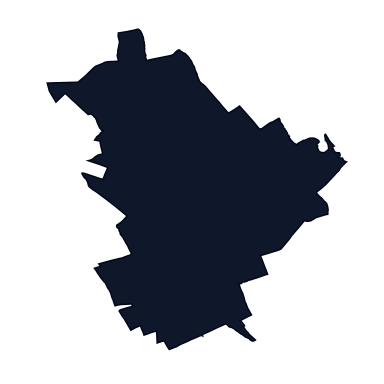 the district of Lunca, Botosani, Romania, rotated 184°
{"feature_id": "2599482B33736794577199", "entity_name": "Lunca", "entity_type": "district", "adm_level": 2, "iso_a3": "ROU", "parent_name": "Romania", "parent_adm1": "Botosani", "projection": "robinson", "projection_center": [27.0, 47.617], "detail": "fine", "context": "isolated", "style": "filled", "palette": "ink", "viewbox_px": 384, "rotation_deg": 184, "n_neighbors": 0, "source": "geoboundaries", "source_scale": "gbopen_adm2", "svg_char_len": 5916}
<svg xmlns="http://www.w3.org/2000/svg" viewBox="0 0 384 384"><g transform="rotate(184 192 192)"><path d="M276.6,345.5L276.6,343.1L276.5,342.1L274.8,336.9L275.1,333.5L275.9,328.0L275.7,325.7L276.0,324.4L276.1,322.9L275.3,319.9L274.2,317.6L275.6,317.2L284.4,316.2L286.7,315.7L288.6,315.0L289.9,314.0L296.8,310.8L298.6,309.2L306.3,300.5L313.4,293.6L344.0,290.6L341.3,282.7L334.0,272.1L325.5,281.5L325.0,281.3L321.4,278.4L318.7,276.1L314.7,273.1L309.4,268.7L300.9,262.0L298.5,262.7L297.5,262.4L295.5,261.0L295.0,260.3L293.0,258.7L292.7,257.5L292.2,257.2L292.0,256.3L291.6,255.5L291.5,254.9L288.6,249.6L287.1,248.1L286.7,247.4L286.2,247.0L285.0,247.1L284.4,246.9L284.8,246.4L285.7,245.6L287.4,244.6L287.6,244.2L287.9,243.1L291.0,240.3L291.7,238.8L292.8,237.0L287.4,236.4L286.2,231.6L284.2,225.3L283.9,223.6L287.2,222.8L288.5,222.2L291.4,220.0L293.1,218.2L293.8,217.6L295.8,216.6L297.7,216.0L287.8,213.5L278.1,210.7L277.8,210.3L280.4,202.8L281.0,200.6L282.0,198.3L300.7,203.1L302.0,203.3L303.0,203.1L303.1,202.9L302.8,202.2L300.6,199.0L298.3,197.2L297.9,196.1L297.5,195.9L297.3,195.5L296.5,193.6L296.2,193.1L295.9,193.0L296.1,192.0L294.9,190.0L290.5,187.1L287.2,185.3L275.5,177.8L267.4,172.3L255.0,163.5L257.1,161.1L258.1,159.6L260.7,156.8L264.8,153.6L264.7,152.1L264.4,151.6L263.8,151.0L262.5,150.3L262.2,149.3L262.1,148.4L260.9,146.6L260.3,146.1L260.8,145.2L257.6,141.7L254.0,136.0L252.4,133.8L250.7,130.6L247.8,125.9L248.9,125.4L249.8,124.5L251.9,123.8L253.1,123.1L254.5,122.8L255.5,122.0L257.7,121.1L258.8,120.9L267.6,118.1L279.9,113.8L278.5,111.8L278.4,111.3L278.5,111.0L280.6,110.5L284.0,109.1L282.4,107.2L280.7,104.8L278.5,102.1L277.7,100.9L274.4,97.3L271.9,94.9L270.9,93.0L269.2,90.1L268.0,88.8L265.9,85.2L264.4,81.0L263.4,79.2L261.3,74.0L260.8,73.1L258.3,74.0L254.5,74.9L251.4,75.2L244.8,76.1L244.5,76.0L244.1,75.3L243.0,74.3L243.1,74.0L245.0,73.2L249.2,71.8L255.1,69.5L255.8,69.1L256.0,68.6L256.4,68.2L252.4,62.6L250.7,60.7L244.4,51.4L243.4,49.8L238.8,52.8L234.1,55.1L233.1,52.7L230.8,48.2L229.9,45.9L225.5,47.7L223.8,48.6L217.6,51.0L217.7,49.8L217.3,48.4L216.2,38.9L214.6,39.7L209.5,41.6L206.0,36.3L203.7,33.3L198.3,35.9L196.6,36.6L193.9,38.5L191.1,40.1L185.8,42.8L183.2,44.4L178.2,46.9L174.8,48.7L172.5,49.7L171.4,49.2L171.7,50.0L171.5,50.5L170.5,51.2L163.3,55.0L158.4,57.9L148.9,62.9L146.4,61.0L146.1,60.6L146.0,60.4L145.6,60.1L143.3,59.7L140.4,58.5L138.1,56.7L136.5,55.9L133.5,53.9L132.3,53.5L128.4,51.0L124.8,49.8L124.0,48.8L122.1,47.8L121.7,47.6L120.7,47.5L118.8,48.5L118.4,48.8L125.3,54.2L125.7,55.0L129.0,58.0L130.4,60.1L130.9,60.5L131.8,60.9L131.9,61.1L131.2,61.6L130.2,62.1L130.2,62.3L131.0,63.3L133.1,65.6L134.1,66.6L135.0,67.0L127.3,71.7L124.1,73.5L128.6,80.5L130.4,84.5L131.5,86.4L133.2,91.6L134.7,95.0L135.9,96.9L137.5,100.3L138.1,102.0L138.7,102.7L139.2,103.9L138.0,103.7L136.9,104.0L136.1,104.5L135.1,105.8L133.4,105.9L132.8,106.1L130.3,107.2L130.2,107.5L129.6,108.1L128.9,108.0L127.6,108.4L118.4,112.1L112.8,114.6L111.2,115.0L110.8,115.3L112.4,118.6L119.4,133.6L117.4,134.0L110.8,136.5L101.8,140.0L99.3,141.3L93.6,149.1L91.4,152.2L89.7,155.1L86.2,159.9L83.3,163.7L79.6,168.9L77.8,171.3L75.6,170.8L73.8,171.0L71.4,171.6L66.4,175.2L57.9,178.4L56.1,179.0L55.0,179.2L55.1,182.0L55.3,182.3L54.9,183.5L54.9,183.8L55.1,184.0L55.3,185.4L55.6,186.6L56.2,188.4L56.9,189.9L58.2,191.2L60.5,192.9L60.9,193.7L62.4,195.1L64.5,196.5L66.8,198.6L68.0,200.3L67.6,200.8L64.1,203.8L59.6,208.2L51.3,218.4L49.4,220.9L47.0,223.5L46.5,224.4L45.7,226.2L40.7,232.2L40.0,232.8L42.6,233.7L44.0,235.7L44.2,236.3L45.3,236.2L45.8,236.3L46.7,236.3L47.7,236.7L48.2,237.6L47.4,238.2L46.7,238.5L47.6,240.2L47.1,240.4L47.8,241.4L50.5,241.3L52.1,241.9L52.6,242.3L54.0,244.5L54.9,246.8L54.4,247.4L53.4,247.8L56.9,251.1L57.6,251.5L57.9,252.2L59.2,253.5L59.6,254.7L60.8,255.8L61.3,256.9L61.7,257.3L62.6,258.7L62.8,258.9L63.1,258.8L63.3,258.7L63.5,257.3L63.1,256.1L63.0,255.1L62.4,253.3L62.5,253.0L62.6,252.7L62.4,252.5L61.6,252.2L61.1,251.7L59.6,248.9L59.1,247.1L58.7,244.2L59.6,243.2L62.8,240.4L65.7,240.5L67.3,241.0L67.5,240.9L68.1,241.3L68.4,242.2L69.3,243.5L69.4,243.8L70.6,244.5L70.6,244.8L69.9,245.4L69.8,245.8L69.9,246.8L70.7,248.2L70.7,248.8L70.4,249.3L69.6,249.6L69.2,250.0L69.3,250.3L68.6,250.9L69.2,251.8L69.4,252.3L69.9,252.5L71.0,253.2L72.7,253.9L74.0,254.2L75.8,254.2L78.2,253.9L79.3,253.5L81.2,252.5L82.2,252.1L82.8,251.4L84.4,251.3L86.6,249.8L88.5,248.7L89.9,247.6L89.6,246.8L90.4,246.2L91.8,247.1L93.1,247.4L93.9,248.1L94.8,248.6L95.4,249.4L96.0,249.7L96.4,250.3L97.0,250.3L97.2,251.0L97.8,251.0L97.7,251.6L98.2,251.5L98.4,252.1L99.2,252.4L99.2,252.6L98.6,252.9L98.7,254.2L99.6,254.4L99.6,254.6L99.3,254.9L100.2,255.6L101.0,257.0L101.1,257.7L102.1,258.6L102.2,259.4L103.6,260.5L103.7,261.4L104.5,261.4L104.7,261.9L105.1,262.3L105.2,262.5L105.1,263.1L105.7,264.4L106.6,265.5L107.2,266.0L107.4,266.5L108.7,267.8L109.1,268.7L109.3,270.2L110.3,271.6L111.3,271.1L116.1,267.7L118.4,266.7L119.5,266.1L126.7,260.1L127.8,259.7L128.6,259.6L129.2,259.8L129.7,260.1L136.3,267.1L150.6,281.1L155.1,277.4L161.2,273.2L168.4,280.3L171.2,283.4L173.7,285.7L185.9,298.0L187.6,299.5L189.9,300.9L191.2,302.0L192.3,303.1L193.0,304.7L194.7,308.1L195.2,310.0L197.1,313.4L198.2,316.2L198.2,316.8L200.0,319.1L201.3,321.7L202.7,323.7L203.5,324.5L205.3,326.9L206.4,327.7L206.8,328.2L207.9,329.0L208.4,329.6L209.0,329.9L209.9,329.8L210.3,330.2L211.5,330.9L212.8,331.4L214.0,332.5L214.6,332.9L215.4,332.7L216.8,331.8L218.7,329.8L219.8,328.2L220.9,327.5L222.0,326.9L223.6,326.4L241.4,321.5L246.6,319.9L246.8,321.1L247.7,322.7L247.6,323.2L247.7,324.3L247.5,325.0L247.8,325.7L248.6,327.1L249.3,330.2L249.1,331.5L249.3,332.0L249.6,332.6L249.4,333.1L249.5,334.6L249.7,336.0L250.2,337.7L250.3,338.9L250.8,339.3L251.0,340.3L250.9,340.9L251.8,343.9L252.8,345.4L252.8,346.1L253.3,346.6L253.6,347.4L254.3,348.3L254.7,349.1L255.5,349.6L256.3,350.4L257.2,350.7L260.7,349.5L268.7,347.3L276.6,345.5Z" fill="#0f172a" stroke="#020617" stroke-width="1.5"/></g></svg>